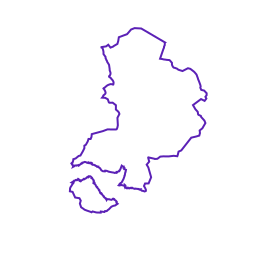 Stordal nor, Møre og Romsdal, Norway (Mercator projection), rotated 301°
{"feature_id": "86288312B96680032749803", "entity_name": "Stordal nor", "entity_type": "district", "adm_level": 2, "iso_a3": "NOR", "parent_name": "Norway", "parent_adm1": "Møre og Romsdal", "projection": "mercator", "projection_center": [7.073, 62.402], "detail": "fine", "context": "isolated", "style": "outline", "palette": "violet", "viewbox_px": 256, "rotation_deg": 301, "n_neighbors": 0, "source": "geoboundaries", "source_scale": "gbopen_adm2", "svg_char_len": 5731}
<svg xmlns="http://www.w3.org/2000/svg" viewBox="0 0 256 256"><g transform="rotate(301 128 128)"><path d="M220.4,115.7L220.1,88.1L217.0,82.2L214.0,79.9L208.0,78.9L201.1,73.4L197.6,74.8L194.6,75.6L191.0,73.6L190.1,73.3L187.9,71.6L189.2,68.2L186.7,67.2L183.2,63.0L183.4,63.8L183.3,64.8L182.8,65.7L181.1,67.4L179.7,68.4L179.1,68.7L178.7,69.0L177.4,72.1L176.2,72.9L175.5,74.1L175.0,74.6L174.6,75.5L173.9,76.2L173.7,76.6L173.4,77.3L172.4,79.2L169.1,81.9L168.1,82.5L166.5,84.4L165.8,84.9L165.2,85.2L163.8,85.4L162.6,85.1L162.2,85.4L162.1,85.7L162.0,87.5L161.5,88.5L161.4,89.2L161.1,89.8L161.0,90.3L160.3,91.5L159.3,92.4L157.7,93.0L157.5,92.9L157.4,92.6L157.4,91.9L156.5,90.3L154.8,88.9L153.6,88.2L151.3,87.4L150.4,87.2L149.8,86.7L149.4,86.6L149.2,86.6L149.1,86.9L149.0,87.4L148.0,89.2L147.0,90.4L146.4,90.7L145.9,90.9L145.2,90.8L143.1,90.1L142.2,90.4L140.7,90.2L142.1,92.9L142.2,95.9L140.1,98.4L140.1,98.8L140.1,99.1L140.4,99.6L141.8,101.8L141.6,103.6L141.3,105.9L137.6,108.1L137.1,110.9L136.6,112.2L135.6,113.4L131.3,113.7L125.1,117.9L122.8,118.7L121.1,118.9L120.5,118.4L116.2,111.1L112.3,108.0L104.1,100.1L101.5,101.3L99.3,101.6L98.3,99.8L95.6,100.4L91.9,100.5L90.4,99.7L88.2,101.0L84.9,101.3L79.9,101.4L78.6,100.1L74.9,98.8L73.1,97.2L71.9,97.8L69.8,98.3L69.7,98.0L68.5,97.7L67.0,100.8L66.4,100.9L67.4,101.5L67.8,101.3L67.8,101.7L68.6,101.9L68.8,102.3L69.2,102.9L69.3,103.3L69.7,103.4L70.0,103.9L70.4,104.3L70.3,104.9L70.8,104.9L70.8,105.3L71.2,105.4L71.8,105.7L73.6,106.2L73.6,106.6L74.6,106.7L74.6,107.1L75.2,107.2L75.7,107.8L76.3,108.0L76.6,108.3L77.0,109.3L77.1,110.9L77.3,111.1L77.4,111.7L78.0,111.7L77.9,112.1L77.9,112.9L78.4,113.1L78.4,113.5L78.8,113.4L79.0,113.8L79.0,114.4L78.9,114.8L79.3,114.8L79.3,115.0L78.9,115.0L78.7,115.7L78.3,115.7L78.2,116.1L78.2,116.5L78.5,117.1L78.9,117.7L78.9,118.7L79.1,118.9L79.1,119.3L78.9,119.7L79.0,119.9L79.2,121.3L79.5,122.1L79.1,122.1L79.2,122.3L79.2,122.7L79.1,124.9L78.9,125.1L78.5,126.1L78.0,126.9L78.0,128.7L78.5,129.7L78.7,129.9L78.8,130.3L79.4,130.3L79.4,130.7L79.8,130.7L79.9,131.1L80.3,131.7L80.3,132.1L80.5,132.7L80.5,133.7L80.7,133.9L80.8,134.3L81.0,135.1L81.9,137.5L82.5,138.9L82.5,139.3L82.7,139.9L83.4,140.5L83.5,140.9L84.1,140.8L84.1,141.2L84.5,141.2L84.5,141.6L85.1,141.7L86.1,142.3L86.7,142.4L86.7,142.8L89.3,142.6L92.5,142.0L92.4,142.8L92.5,143.8L92.6,144.0L92.2,144.0L92.0,145.0L91.6,145.0L91.8,145.6L90.8,146.0L91.0,146.4L91.0,147.4L91.1,147.8L89.5,148.4L89.1,148.4L88.9,148.6L88.3,148.6L86.1,149.5L85.5,149.5L85.4,149.7L82.0,150.4L78.0,150.6L77.0,150.0L75.7,149.6L74.7,149.7L74.1,149.6L74.2,150.0L74.5,150.2L74.6,150.6L75.6,150.7L75.5,150.9L75.5,151.1L75.7,151.3L75.7,151.7L75.9,151.9L75.9,152.5L76.1,152.9L76.6,154.3L76.6,154.5L76.4,154.9L76.1,155.3L77.1,155.0L77.5,154.7L77.4,155.3L77.3,155.5L75.9,156.1L76.0,156.7L75.6,156.8L75.7,158.2L76.2,158.6L76.8,158.7L76.7,159.1L76.5,159.3L76.6,159.5L77.0,159.9L77.1,160.5L77.7,160.6L78.0,160.9L78.0,161.3L78.2,161.5L78.2,161.9L78.7,162.1L78.6,162.3L78.7,162.7L78.9,162.9L78.9,163.7L79.3,164.7L79.3,165.1L79.9,165.6L80.0,166.2L80.2,166.4L80.6,167.2L80.8,168.0L81.2,168.4L81.3,169.0L81.5,169.8L81.8,170.2L81.4,170.2L81.5,170.4L81.5,170.8L81.4,172.2L81.6,172.4L81.6,172.8L82.0,173.8L82.0,174.2L82.2,175.0L83.2,175.7L84.1,175.3L85.2,173.9L86.5,171.6L89.2,171.2L91.1,174.2L97.7,173.2L104.7,165.7L106.2,162.9L110.1,163.5L112.9,160.6L113.3,160.6L115.2,166.3L115.2,166.8L115.8,167.7L116.6,168.9L117.1,169.2L120.1,170.4L121.9,172.9L124.6,177.5L127.7,181.5L129.2,184.8L130.6,184.5L133.8,183.5L136.2,185.2L152.3,187.2L155.8,190.8L158.2,193.0L160.7,192.3L162.8,190.7L166.0,191.9L172.1,191.8L173.7,189.7L175.1,185.1L175.9,184.2L175.6,181.6L175.8,181.1L177.8,179.4L178.8,176.1L181.1,171.9L190.4,175.7L190.7,179.7L193.6,180.0L194.6,178.3L196.6,178.5L198.3,177.5L199.3,174.0L198.4,171.2L199.8,169.2L201.0,168.9L202.0,168.0L204.6,164.8L205.9,163.0L206.6,162.3L209.1,159.2L210.0,156.6L210.3,155.4L210.4,154.5L210.8,151.0L210.1,148.6L204.9,145.4L203.9,141.2L204.0,140.2L204.1,139.4L203.7,137.3L203.3,136.1L203.4,135.6L203.7,134.8L204.4,133.7L205.0,133.0L206.5,132.1L207.5,129.1L207.5,128.4L206.3,126.0L206.1,125.4L205.1,123.1L204.8,122.0L203.9,119.8L214.2,117.6L215.3,117.5L216.5,116.9L217.7,116.9L220.2,115.6L220.4,115.7ZM57.7,158.1L57.9,156.7L58.2,156.4L58.5,156.6L58.9,156.4L58.9,156.0L59.3,155.6L59.5,154.4L59.5,154.5L59.5,153.2L60.0,152.8L59.9,152.0L59.3,151.8L59.3,151.4L58.7,151.3L57.9,150.8L57.3,149.1L57.3,148.7L57.1,148.5L56.9,147.9L56.7,147.7L56.3,146.7L55.3,146.7L55.6,146.3L55.9,145.3L56.3,145.3L56.3,143.5L56.6,142.5L57.0,142.5L57.1,141.8L57.6,140.2L57.8,140.0L58.1,139.4L57.7,139.4L57.9,138.0L58.3,138.0L58.3,137.4L58.5,137.0L59.3,136.2L59.6,135.3L60.0,135.3L60.1,134.7L60.3,134.5L60.8,133.1L61.0,132.5L61.1,131.9L61.5,131.9L61.9,130.2L62.5,129.6L62.7,129.2L62.9,128.4L62.8,128.0L62.9,127.6L63.3,127.6L63.1,127.0L63.7,127.0L63.7,126.6L64.3,126.6L64.4,126.2L64.5,126.1L65.1,125.9L65.1,125.5L65.6,125.3L65.9,124.5L66.3,123.3L66.2,122.7L66.8,122.7L67.2,121.0L67.2,120.6L66.8,120.1L66.7,119.7L66.3,119.7L66.3,119.3L65.3,119.3L65.3,118.7L64.9,118.7L64.8,118.3L63.2,117.9L62.8,117.5L62.0,117.2L61.8,116.6L61.4,116.6L61.4,116.2L60.3,115.9L59.3,115.2L57.9,114.9L57.7,113.9L58.6,113.5L58.5,112.3L58.6,112.1L58.0,111.9L58.2,111.5L57.6,111.5L57.6,111.1L56.8,110.9L56.5,109.9L55.2,109.4L55.0,108.9L54.4,108.8L52.3,107.8L52.4,108.3L53.2,109.5L52.9,109.6L51.1,109.3L48.7,109.3L47.7,109.2L46.5,109.4L43.8,110.8L44.7,113.4L41.2,118.5L42.8,122.5L41.4,124.9L38.4,125.7L35.9,128.7L35.8,131.2L35.6,132.8L36.0,135.1L36.8,138.8L37.0,140.2L38.2,140.6L39.3,144.4L41.4,148.2L42.4,147.7L43.9,151.1L45.0,151.1L45.6,152.3L46.4,152.8L47.0,152.8L48.5,153.5L52.0,154.3L53.8,155.6L55.0,156.9L57.7,158.1Z" fill="none" stroke="#5b21b6" stroke-width="2"/></g></svg>